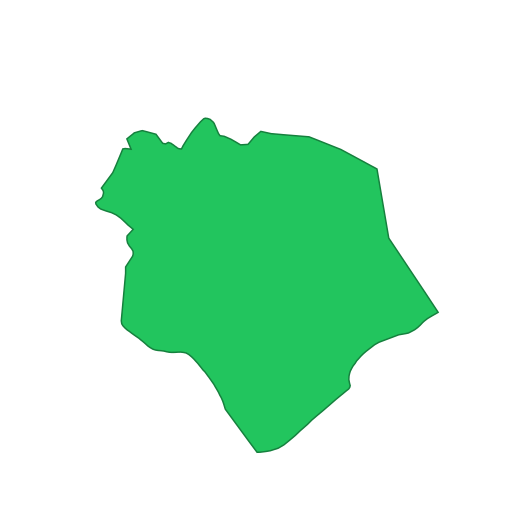 the district of Haydan, Sa`dah, Yemen, rotated 325°
{"feature_id": "15242507B69358324937252", "entity_name": "Haydan", "entity_type": "district", "adm_level": 2, "iso_a3": "YEM", "parent_name": "Yemen", "parent_adm1": "Sa`dah", "projection": "mercator", "projection_center": [43.376, 16.723], "detail": "fine", "context": "isolated", "style": "filled", "palette": "green", "viewbox_px": 512, "rotation_deg": 325, "n_neighbors": 0, "source": "geoboundaries", "source_scale": "gbopen_adm2", "svg_char_len": 2908}
<svg xmlns="http://www.w3.org/2000/svg" viewBox="0 0 512 512"><g transform="rotate(325 256 256)"><path d="M372.9,406.6L373.5,384.0L375.0,317.5L405.0,254.1L386.6,217.4L374.4,198.8L373.1,196.8L367.8,188.8L347.4,171.9L346.5,171.1L338.6,164.5L332.9,158.3L331.4,156.7L322.8,157.5L314.2,159.8L313.5,160.0L307.1,156.1L304.8,151.0L302.4,145.9L300.5,142.8L300.0,141.9L299.4,141.0L298.6,139.7L295.5,136.8L295.5,135.1L295.5,134.2L296.2,130.6L296.9,127.4L297.6,124.1L297.7,123.8L297.8,122.1L296.8,117.8L295.1,115.5L293.4,114.0L291.9,113.6L287.7,114.2L280.0,116.1L274.0,117.9L265.0,121.5L259.0,124.1L258.8,124.3L257.9,124.7L256.4,125.6L254.6,124.1L253.5,122.6L253.4,121.8L253.3,121.4L252.7,119.9L251.9,117.3L251.7,116.9L251.0,114.9L249.8,113.4L249.4,112.7L246.2,112.3L244.8,110.8L244.2,110.2L244.0,103.0L243.9,98.9L237.8,91.6L234.9,88.2L233.6,87.6L226.9,85.3L225.1,85.5L221.7,85.7L217.4,86.0L214.9,97.0L214.6,96.8L214.3,96.3L213.9,95.9L213.6,95.6L213.0,95.1L212.6,94.8L212.2,94.4L211.8,94.0L211.3,93.7L210.9,93.3L210.6,93.0L210.0,92.7L208.3,91.9L204.9,94.1L194.0,101.0L193.7,101.2L187.1,105.2L186.8,105.4L186.4,105.6L168.3,111.7L168.3,112.4L168.3,114.9L167.3,116.9L164.4,119.4L162.5,120.0L160.7,120.1L157.3,119.8L155.5,120.1L154.7,121.5L154.7,125.2L155.7,128.4L159.0,133.1L162.5,137.6L165.0,142.0L166.9,147.3L168.1,152.9L168.9,157.2L170.7,163.7L162.0,165.6L161.2,166.4L159.5,168.8L158.3,171.6L158.0,175.3L158.3,178.8L158.0,181.7L156.5,184.0L154.8,185.4L142.9,190.2L142.2,191.2L141.1,192.8L139.1,195.6L108.5,231.8L107.2,234.4L107.1,234.8L107.1,235.1L107.0,236.4L107.0,237.1L107.4,239.9L108.1,242.8L109.1,245.4L109.9,248.0L110.8,250.6L111.9,253.6L112.9,256.2L113.7,259.4L113.8,259.5L114.5,262.0L115.2,264.9L115.8,267.7L116.8,270.4L118.1,273.2L119.7,275.3L121.6,277.2L123.9,279.1L126.0,281.0L127.9,283.2L129.8,285.1L131.9,286.8L132.1,286.9L134.3,288.4L136.8,289.9L138.3,290.9L139.1,291.4L141.3,293.4L143.1,295.3L144.0,297.2L144.5,298.3L145.4,301.6L146.0,304.7L146.3,307.3L146.7,310.2L146.9,313.5L147.1,316.1L147.2,318.6L147.2,318.8L147.7,321.6L147.8,324.5L147.8,326.9L147.9,327.5L147.9,328.0L147.9,330.5L147.9,333.6L147.9,334.1L147.9,337.0L147.6,339.8L147.4,342.8L147.1,346.1L146.5,349.5L146.4,350.8L146.2,352.6L146.1,353.0L145.5,355.9L144.6,359.0L143.6,362.0L143.0,363.9L143.9,403.9L144.3,417.4L146.9,419.1L152.2,421.9L156.0,423.7L164.1,426.2L170.7,426.7L177.8,426.2L185.4,425.5L191.9,424.5L201.9,423.4L207.5,422.4L213.5,421.8L223.0,421.0L239.3,419.3L253.3,418.2L255.6,418.1L257.4,417.4L258.8,416.2L259.6,414.0L261.2,410.4L263.4,407.6L265.4,405.8L267.2,404.4L270.2,402.8L272.3,401.8L275.8,400.7L278.3,399.6L281.1,399.0L284.4,398.2L288.0,397.6L291.8,397.2L296.2,397.0L302.3,396.7L307.3,397.2L314.8,399.1L327.7,402.4L334.3,405.5L336.7,406.5L339.5,406.9L343.7,407.4L347.4,407.3L351.0,406.8L354.3,406.1L356.7,405.8L360.7,405.6L366.2,406.0L372.6,406.6L372.9,406.6Z" fill="#22c55e" stroke="#15803d" stroke-width="1.5"/></g></svg>